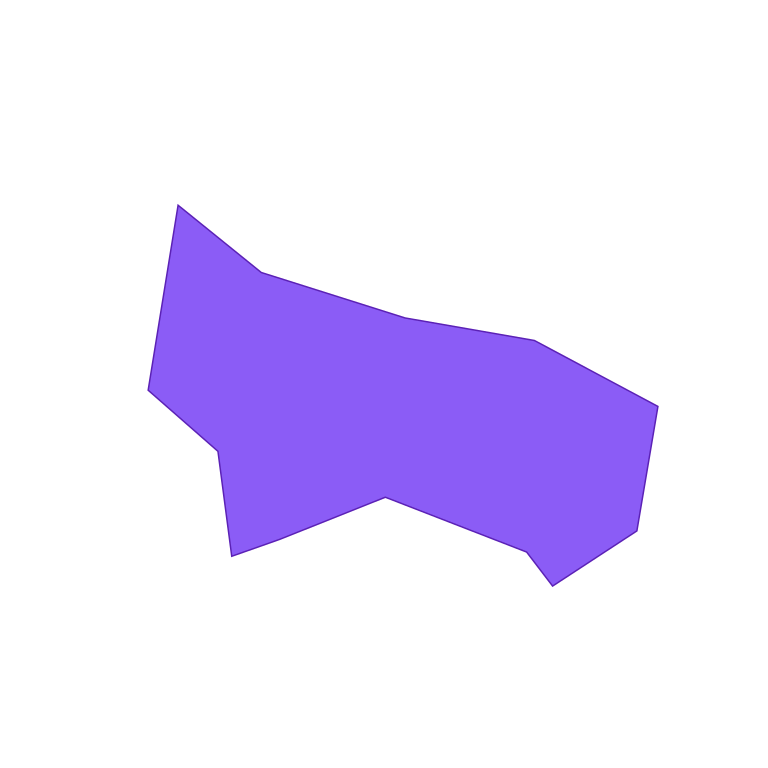 SVG path tracing the border of São Lourenço dos Órgãos, rotated 238°
{"feature_id": "CPV-5050", "entity_name": "São Lourenço dos Órgãos", "entity_type": "state/province", "adm_level": 1, "iso_a3": "CPV", "parent_name": "Cabo Verde", "parent_adm1": "", "projection": "albers", "projection_center": [-23.579, 15.047], "detail": "fine", "context": "isolated", "style": "filled", "palette": "violet", "viewbox_px": 768, "rotation_deg": 238, "n_neighbors": 0, "source": "natural_earth", "source_scale": "10m", "svg_char_len": 339}
<svg xmlns="http://www.w3.org/2000/svg" viewBox="0 0 768 768"><g transform="rotate(238 384 384)"><path d="M123.3,419.9L165.9,415.9L287.3,325.1L307.5,213.3L318.6,163.6L414.9,207.5L503.7,180.7L644.7,304.1L543.6,339.0L428.9,436.8L341.2,534.6L219.8,604.4L125.4,520.6L123.3,419.9Z" fill="#8b5cf6" stroke="#5b21b6" stroke-width="1.5"/></g></svg>